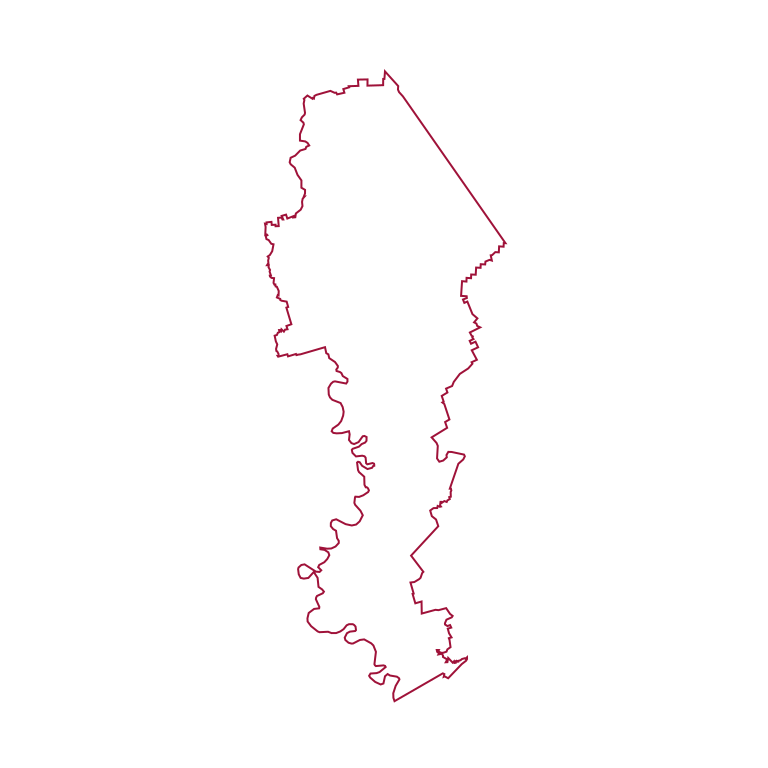 outline of José Azueta, Veracruz, Mexico, rotated 155°
{"feature_id": "50627088B48315621116970", "entity_name": "José Azueta", "entity_type": "district", "adm_level": 2, "iso_a3": "MEX", "parent_name": "Mexico", "parent_adm1": "Veracruz", "projection": "orthographic", "projection_center": [-95.673, 18.138], "detail": "fine", "context": "isolated", "style": "outline", "palette": "rose", "viewbox_px": 768, "rotation_deg": 155, "n_neighbors": 0, "source": "geoboundaries", "source_scale": "gbopen_adm2", "svg_char_len": 6155}
<svg xmlns="http://www.w3.org/2000/svg" viewBox="0 0 768 768"><g transform="rotate(155 384 384)"><path d="M245.3,636.7L247.0,642.2L246.9,645.0L245.2,648.0L251.0,666.9L254.7,660.3L255.8,660.8L258.5,655.2L272.9,661.4L270.2,667.0L279.0,670.9L281.2,665.0L290.1,668.8L290.2,667.6L296.2,668.5L296.8,664.7L304.1,666.3L304.2,668.3L305.7,668.8L308.7,672.3L323.0,674.6L325.3,674.5L326.9,672.3L327.7,673.3L328.3,672.8L331.5,677.8L336.2,676.4L336.1,675.1L338.3,672.1L341.0,663.1L342.1,661.7L345.7,660.4L348.1,658.4L346.6,654.9L346.9,653.2L354.6,645.9L357.3,640.1L352.8,637.1L351.4,634.8L351.0,631.8L354.2,631.8L355.8,630.2L361.3,631.0L368.0,628.5L373.0,628.5L375.8,624.8L375.7,622.5L373.5,617.8L374.0,610.1L372.8,603.4L375.9,596.8L373.5,593.3L375.1,590.0L377.4,587.8L376.7,587.5L379.4,586.3L381.3,583.7L382.7,579.7L385.8,577.2L391.8,575.8L393.9,572.6L395.9,573.3L395.1,574.4L401.7,574.8L401.2,578.9L405.7,579.6L405.8,575.7L406.5,576.0L406.5,578.1L409.8,579.4L412.7,571.6L415.6,572.8L415.0,574.2L418.5,575.6L417.5,578.5L422.2,580.1L422.8,578.6L424.1,579.6L424.9,576.4L428.6,569.3L427.1,569.1L426.8,568.2L428.7,568.0L429.3,565.0L427.7,563.2L426.9,558.7L425.1,557.3L429.2,551.6L433.0,549.1L435.5,548.7L435.1,547.0L436.8,544.9L438.0,541.5L438.0,542.3L439.8,541.1L438.2,540.4L439.3,538.6L439.1,535.5L440.2,534.2L440.6,530.2L441.7,530.5L441.9,529.6L441.1,527.7L438.9,526.4L441.4,522.3L441.3,520.3L440.4,520.1L441.0,518.2L440.0,517.4L440.1,512.8L442.1,508.9L442.7,509.5L444.5,507.7L442.1,505.0L442.5,504.0L441.7,502.8L437.4,499.8L438.3,494.3L440.2,494.5L442.7,477.3L447.9,477.8L448.3,474.4L450.7,475.1L452.6,473.8L453.8,476.9L454.8,475.5L455.2,476.7L456.3,477.2L456.7,475.2L458.6,475.3L460.3,473.7L462.7,474.0L464.0,468.3L464.0,465.0L467.0,461.4L467.6,459.4L467.0,458.6L466.9,455.7L467.8,453.9L468.5,454.3L468.4,453.5L459.0,451.8L459.3,449.6L451.1,448.4L451.2,446.4L450.7,447.3L447.2,446.2L421.9,442.3L423.3,436.3L421.9,434.4L422.7,430.6L419.1,424.6L418.2,419.8L419.0,418.4L421.1,417.3L421.5,415.8L418.9,413.5L418.0,411.9L418.0,408.6L415.0,404.0L416.1,401.6L418.1,400.4L427.3,407.1L429.1,407.5L431.9,406.7L436.0,403.9L438.5,397.8L438.6,394.6L437.5,391.5L431.4,385.1L431.2,380.6L432.3,375.9L434.4,372.6L438.5,368.5L442.5,366.5L449.3,365.3L451.4,363.3L450.6,361.1L447.8,359.3L442.9,357.3L435.7,356.0L436.4,352.9L439.4,348.1L438.5,344.2L436.5,342.2L431.6,342.1L425.4,345.6L423.7,345.2L422.2,343.3L423.9,339.9L425.9,338.9L429.6,339.0L433.2,337.8L439.8,338.5L441.0,337.9L441.7,334.9L440.0,330.2L434.0,328.2L432.2,326.7L431.8,325.0L433.7,319.7L433.1,318.3L427.8,317.2L426.7,316.0L426.9,315.1L427.4,314.0L428.3,314.3L430.3,313.1L434.9,313.9L438.4,319.1L439.1,323.4L440.4,324.5L441.6,324.2L443.9,317.0L443.9,314.8L441.1,308.3L444.3,300.9L444.2,298.1L443.3,297.8L442.6,296.3L442.6,294.0L444.0,292.8L449.8,291.9L454.3,292.2L457.6,294.0L458.2,293.5L461.1,288.8L461.2,286.7L458.9,279.1L458.7,274.0L464.1,269.8L468.6,268.4L473.0,269.4L478.0,273.2L484.5,281.6L488.6,282.2L490.9,280.5L492.3,277.6L491.4,274.0L489.5,271.3L491.7,264.1L491.3,261.0L492.2,259.0L496.6,257.2L501.3,257.2L505.2,258.8L510.9,262.7L511.5,261.1L508.0,258.8L505.6,255.0L505.9,252.0L509.3,249.4L513.4,247.7L519.1,247.4L520.0,246.7L521.1,245.8L519.6,241.7L521.8,240.9L525.0,242.7L532.2,254.1L535.4,254.9L539.0,253.8L540.1,252.5L541.7,247.5L541.5,243.5L538.9,241.5L534.5,240.2L527.1,243.3L526.1,236.4L529.1,227.8L526.9,224.0L526.2,221.2L527.9,220.2L534.3,220.2L535.7,219.2L536.7,217.8L536.8,209.3L537.6,208.1L542.4,209.7L549.0,208.3L552.4,204.0L553.6,201.0L552.4,195.3L548.7,187.8L547.3,186.3L539.4,183.1L536.8,180.4L532.6,178.5L528.2,178.2L524.2,178.9L519.8,181.1L517.3,181.1L513.8,179.5L512.9,178.2L512.3,176.2L513.4,172.8L514.5,172.3L519.6,174.0L522.9,173.8L526.8,170.7L527.2,168.3L525.5,164.5L523.2,162.5L521.7,161.9L514.0,162.2L509.9,160.9L505.2,154.4L504.1,151.5L504.5,144.7L511.1,134.1L511.1,133.0L510.6,131.8L503.4,129.2L502.2,128.1L502.1,126.8L509.8,124.8L512.9,125.1L518.6,127.3L520.8,125.8L520.6,123.8L517.9,117.7L514.0,113.1L511.1,112.8L506.6,118.7L503.3,119.6L501.8,117.3L496.0,113.3L494.7,110.9L494.9,109.7L501.0,105.5L506.3,99.8L508.1,95.6L508.5,92.1L453.0,96.9L451.9,95.6L453.6,93.4L452.6,93.4L450.2,90.2L431.9,97.3L426.6,98.5L425.0,99.6L424.3,101.2L426.3,100.5L426.6,101.3L429.5,101.8L431.5,101.3L433.7,101.7L434.0,101.0L435.1,101.4L435.3,102.5L436.6,102.5L436.9,101.1L438.0,101.4L437.7,103.1L439.5,102.4L441.6,108.6L444.1,105.1L445.6,105.7L443.6,107.2L443.7,108.5L445.9,111.7L445.3,112.9L445.6,115.1L448.9,115.9L447.9,116.7L449.0,118.8L448.6,120.6L446.7,119.7L447.8,118.8L446.0,116.4L444.1,115.4L440.5,115.0L438.7,116.7L434.9,117.4L432.3,126.0L433.6,126.4L429.9,125.8L430.4,130.6L429.6,135.3L426.0,134.8L426.0,137.6L428.8,137.8L430.3,140.2L429.9,141.4L427.0,144.0L421.2,143.9L419.8,144.8L421.3,147.7L422.4,154.6L430.2,156.0L432.8,157.6L446.8,160.0L441.9,171.0L448.3,172.0L446.8,181.7L445.7,181.5L443.9,192.9L440.2,191.7L434.6,192.3L432.8,192.9L429.3,196.5L427.7,197.1L432.0,217.0L394.9,232.2L394.1,239.2L396.5,244.0L395.6,249.8L391.6,250.6L388.2,249.1L386.9,250.8L385.3,249.1L384.2,248.9L384.5,250.3L382.6,253.3L381.6,252.8L381.7,251.9L378.8,252.4L377.0,250.6L375.7,251.7L373.0,251.9L372.7,253.9L371.1,253.6L369.2,258.0L368.0,259.0L367.6,260.8L368.6,261.3L350.3,280.3L344.1,282.1L341.3,284.3L341.3,286.2L351.4,293.8L354.4,295.3L357.4,293.2L358.1,291.0L362.7,289.6L366.7,290.2L367.4,294.1L361.4,305.2L361.3,308.4L363.4,315.5L345.3,317.6L344.7,323.7L339.7,324.2L337.8,340.4L338.9,342.6L337.4,342.7L336.7,348.8L330.1,349.5L329.7,353.6L323.1,353.4L319.9,356.4L311.0,361.1L301.1,362.5L295.3,365.0L295.4,366.7L289.6,366.7L290.2,377.5L283.2,377.5L283.2,383.7L288.1,383.7L288.1,386.9L283.9,386.9L284.3,388.8L283.4,389.6L284.2,390.7L284.4,394.4L272.9,394.7L275.0,397.3L274.7,399.7L276.3,401.8L271.6,404.0L274.3,409.9L273.6,423.5L276.9,423.6L276.7,427.2L272.6,426.9L272.0,428.6L276.9,431.3L269.8,444.2L266.0,442.0L264.3,445.3L260.4,443.1L258.7,446.4L254.7,444.3L251.3,450.6L247.4,448.5L245.7,451.7L241.8,449.6L240.3,452.1L235.9,451.9L234.1,450.3L232.9,455.5L231.5,455.1L227.4,456.5L224.3,454.8L221.5,460.1L217.6,457.9L215.9,461.1L214.4,460.3L245.3,636.7Z" fill="none" stroke="#9f1239" stroke-width="2"/></g></svg>